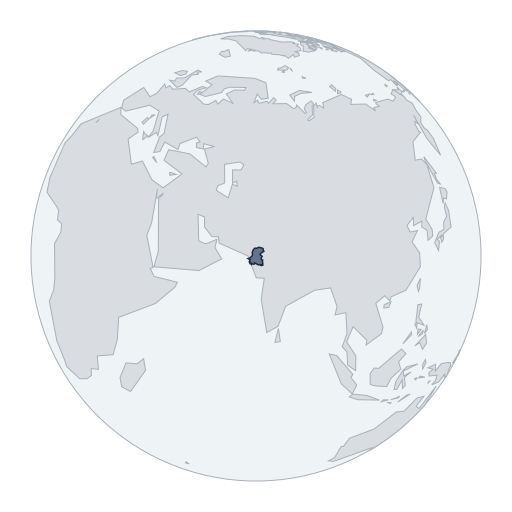 Sind highlighted on a globe, orthographic projection, rotated 19°
{"feature_id": "PAK-1114", "entity_name": "Sind", "entity_type": "Province", "adm_level": 1, "iso_a3": "PAK", "parent_name": "Pakistan", "parent_adm1": "", "projection": "orthographic", "projection_center": [68.493, 26.111], "detail": "coarse", "context": "on_globe", "style": "filled", "palette": "slate", "viewbox_px": 512, "rotation_deg": 19, "n_neighbors": 0, "source": "natural_earth", "source_scale": "10m", "svg_char_len": 11057}
<svg xmlns="http://www.w3.org/2000/svg" viewBox="0 0 512 512"><g transform="rotate(19 256 256)"><circle cx="256" cy="256" r="225" fill="#eef3f6" stroke="#a8b0b8"/><path d="M314.2,38.4L319.8,40.0L330.6,43.5L324.3,41.6L348.0,50.4L361.1,57.0L343.2,48.5L339.0,46.9L346.3,50.4L343.6,49.6L345.5,51.1L341.6,50.1L331.5,45.9L328.7,45.4L334.1,48.0L333.5,49.2L326.0,45.3L324.3,47.1L307.0,41.9L290.3,34.9L277.5,33.6L252.0,31.2L251.2,31.6L241.0,31.8L236.3,32.5L232.9,32.5L232.1,33.2L236.1,33.2L237.1,33.7L234.7,34.3L229.9,34.1L230.4,33.8L227.8,34.1L226.4,33.8L225.7,34.3L220.3,34.5L222.1,35.4L214.7,36.4L212.0,36.3L217.1,34.9L221.6,33.4L240.2,31.3L258.8,30.7L277.5,31.7L296.0,34.3L314.2,38.4ZM192.5,39.9L198.4,38.4L192.3,40.4L183.2,43.3L177.9,44.8L173.8,46.4L174.6,46.7L160.8,52.1L144.6,60.5L141.6,62.1L142.7,61.3L158.7,52.8L175.3,45.7L192.5,39.9ZM338.9,46.6L334.6,44.9L339.7,46.9L338.9,46.6ZM346.5,51.5L348.6,52.4L348.7,52.9L346.5,51.5ZM201.3,37.5L199.9,38.0L199.5,38.0L201.3,37.5ZM205.3,36.7L205.9,36.4L207.9,36.0L207.4,36.1L205.3,36.7ZM342.8,51.9L342.4,52.8L341.1,51.1L342.8,51.9ZM204.0,37.1L211.3,35.3L214.7,34.6L216.0,34.8L204.0,37.1ZM341.0,52.8L340.1,55.5L344.6,57.3L331.2,54.1L336.4,52.6L334.1,50.1L337.9,52.1L341.0,52.8ZM238.4,33.0L234.0,33.0L239.9,32.5L238.4,33.0ZM241.9,32.6L258.6,31.5L263.8,32.2L257.2,32.2L265.8,33.0L260.2,33.8L254.2,33.5L251.9,32.8L251.5,33.8L241.9,32.6ZM324.0,52.3L322.2,52.5L322.1,51.5L324.0,52.3ZM237.9,33.8L240.8,33.3L245.6,33.8L240.6,34.9L240.7,34.4L237.9,33.8ZM270.8,33.1L273.5,33.9L269.6,34.7L270.1,35.2L260.5,33.9L270.8,33.1ZM238.4,34.6L238.0,35.5L233.6,36.0L235.4,34.4L238.4,34.6ZM248.9,33.6L250.9,33.9L248.2,34.0L248.9,33.6ZM217.6,38.8L221.0,37.8L223.7,37.9L217.6,38.8ZM238.2,35.8L239.7,35.7L241.1,35.7L240.0,36.5L238.2,35.8ZM258.4,34.8L256.3,35.1L262.2,35.3L259.6,36.2L253.6,35.3L255.1,36.1L254.3,36.4L250.3,35.4L258.4,34.8ZM243.2,37.5L234.7,37.3L227.9,38.9L225.2,38.7L236.7,36.2L243.2,37.5ZM247.7,36.3L244.4,36.9L242.8,36.2L244.1,35.4L247.7,36.3ZM259.9,37.3L265.5,36.0L266.6,36.3L259.9,37.3ZM241.6,38.0L243.7,38.1L241.3,38.2L241.6,38.0ZM254.6,37.5L256.5,37.0L257.7,37.3L254.6,37.5ZM246.3,38.9L243.6,38.7L244.4,38.0L246.3,38.9ZM250.4,38.3L251.6,38.9L246.3,37.9L251.0,38.0L250.4,38.3ZM255.5,37.9L256.8,37.9L254.6,38.1L255.5,37.9ZM244.8,41.8L237.9,40.7L239.7,39.0L246.2,40.3L244.8,41.8ZM35.6,248.6L38.6,211.1L42.8,201.9L47.6,187.9L79.9,159.4L82.2,166.3L102.5,173.9L104.2,177.3L97.0,187.0L108.3,209.8L117.7,203.2L132.8,217.8L146.0,221.8L159.3,202.5L137.8,195.4L138.9,184.0L160.1,180.9L179.6,188.0L180.7,183.9L172.4,171.7L181.0,166.1L170.0,166.9L171.4,171.9L164.5,172.9L162.8,168.5L165.9,166.5L161.2,163.0L147.6,174.4L147.5,180.7L132.6,178.0L131.1,188.5L125.6,191.4L126.1,174.9L129.2,170.0L126.6,150.5L122.0,155.2L124.1,174.2L121.6,171.6L115.3,179.2L118.1,171.4L117.1,150.4L106.4,148.0L85.5,161.5L80.8,159.5L80.1,151.9L95.0,133.2L103.9,139.9L109.3,134.4L113.7,123.1L116.0,126.4L118.9,123.0L122.9,125.4L134.6,120.6L139.6,122.5L150.1,113.1L154.1,113.1L146.7,118.4L144.3,123.6L157.3,129.4L161.6,128.3L167.4,122.0L170.3,124.9L174.2,118.1L184.6,119.1L175.2,112.5L181.7,106.0L191.2,103.0L191.7,99.9L176.2,105.0L171.6,108.2L170.3,112.7L156.2,121.7L150.4,121.4L158.8,108.3L151.5,107.0L161.3,98.2L197.1,88.4L209.0,88.9L216.2,102.9L210.0,106.1L204.4,102.4L204.2,111.7L206.8,108.1L209.2,110.7L216.0,106.0L218.0,107.7L221.2,100.5L224.4,102.1L222.4,106.6L235.3,101.9L243.6,104.4L245.6,102.6L245.3,99.9L256.0,105.3L257.0,103.8L253.8,101.4L253.7,96.9L257.7,91.4L261.2,93.6L260.2,95.8L263.5,104.2L260.4,110.5L262.2,110.9L265.7,106.0L261.8,95.7L263.1,91.8L266.0,96.3L265.0,94.3L266.8,93.1L271.9,94.1L269.2,89.2L284.1,75.5L295.4,76.8L296.2,81.8L310.3,76.6L321.9,79.9L319.0,77.5L323.8,74.2L320.2,73.1L319.2,71.8L329.8,64.6L335.1,65.1L336.3,60.6L334.8,59.6L331.0,58.8L331.2,54.1L344.6,57.3L347.4,59.5L353.9,60.6L359.2,65.6L366.6,70.8L368.6,76.7L374.3,80.8L376.3,80.8L385.4,87.0L397.7,100.6L379.3,89.2L359.3,71.7L366.7,78.5L362.5,77.1L363.7,79.8L369.1,85.0L371.3,85.4L367.2,96.8L375.4,113.6L380.9,110.4L387.8,113.9L402.0,133.5L404.5,165.8L413.8,173.4L416.6,179.6L413.6,185.1L409.4,176.1L403.3,174.5L401.4,169.0L395.2,175.9L392.2,168.3L388.8,178.0L393.8,183.2L400.4,179.4L398.9,191.8L409.9,200.0L414.9,212.7L408.9,239.5L397.1,250.5L397.2,254.8L390.6,251.7L384.7,261.8L399.3,282.0L399.9,288.7L389.0,304.4L388.3,299.6L370.8,291.2L369.6,307.6L382.9,317.9L387.5,331.9L378.2,329.4L373.3,317.1L367.1,313.8L367.3,299.8L359.4,280.3L349.9,286.0L349.2,277.5L336.9,261.9L322.4,269.4L300.4,293.9L299.7,315.3L291.1,324.9L275.0,295.2L271.1,274.4L263.3,276.5L248.5,258.6L216.9,255.8L214.3,250.0L208.0,252.0L197.9,245.3L194.6,235.8L187.6,235.4L196.9,260.4L204.6,260.9L213.6,252.9L214.5,261.5L224.5,269.9L206.8,288.3L163.1,299.4L162.0,283.1L145.2,233.5L147.5,228.9L147.6,228.3L147.6,227.2L142.8,234.4L141.0,224.8L146.5,258.5L146.0,272.0L162.4,300.2L160.1,302.3L166.3,308.5L190.2,306.4L189.6,311.6L176.4,333.6L146.1,358.7L152.0,379.8L153.0,395.9L138.4,402.1L143.9,414.5L136.9,416.1L139.3,422.5L136.1,427.1L129.2,429.4L112.9,422.1L108.5,416.1L95.2,400.9L75.3,366.0L75.8,354.0L72.9,342.0L61.5,309.9L63.8,296.6L61.6,288.6L56.6,286.5L54.4,276.9L51.7,274.3L37.6,263.8L35.6,248.6ZM63.6,177.7L61.5,181.6L61.4,181.6L63.6,177.7ZM197.0,206.8L210.9,210.1L210.3,195.8L215.5,196.2L213.4,191.4L210.1,194.8L205.8,182.2L213.7,179.6L215.0,173.8L210.3,172.4L196.4,179.5L202.6,197.2L197.0,202.0L197.0,206.8ZM138.9,63.5L140.6,62.7L137.3,64.5L129.8,69.4L125.2,72.6L138.9,63.5ZM131.0,103.7L130.3,106.9L125.8,110.0L119.6,109.2L126.0,104.6L131.0,103.7ZM130.4,110.9L140.5,99.1L144.8,99.6L140.7,101.2L142.5,102.8L136.4,105.8L130.6,118.6L126.3,122.3L117.1,117.9L122.5,117.0L122.8,113.7L130.4,110.9ZM158.7,73.4L163.1,69.7L166.7,75.4L162.1,78.2L155.6,77.2L157.1,73.3L158.7,73.4ZM204.9,38.5L206.3,37.9L207.6,37.8L207.5,38.2L204.9,38.5ZM219.0,38.3L199.9,41.8L200.6,41.1L188.5,44.8L185.7,44.4L193.6,41.9L182.4,44.8L188.4,42.4L180.6,44.7L198.5,39.1L203.4,37.6L199.0,39.3L201.4,39.6L204.0,39.2L214.9,37.4L226.7,34.8L231.0,35.2L231.0,36.2L228.8,36.8L226.6,36.2L225.3,37.6L220.5,37.3L219.0,38.3ZM227.5,55.5L225.9,53.2L222.3,58.5L217.6,57.1L217.5,57.8L212.1,58.2L205.3,60.1L203.9,59.1L201.9,60.3L198.3,60.8L195.1,62.3L191.3,61.2L187.1,63.0L187.7,61.5L181.4,65.0L184.4,62.0L180.1,62.8L179.4,65.3L167.2,59.1L159.7,59.7L151.8,62.2L158.0,57.6L169.4,52.7L182.3,48.9L188.6,49.3L190.3,47.5L193.8,47.3L191.0,48.8L197.4,46.4L199.6,46.7L211.1,45.2L219.0,42.2L223.4,41.8L221.3,43.2L227.1,42.0L226.3,44.4L229.4,44.4L231.7,47.1L225.9,50.2L229.9,50.0L231.8,52.4L227.5,55.5ZM245.2,42.6L239.4,46.0L234.0,47.1L232.3,42.1L229.6,41.8L228.3,39.3L236.2,37.8L235.9,38.6L237.4,39.1L234.3,39.3L237.9,39.5L237.5,40.8L240.1,41.4L237.5,42.2L245.2,42.6ZM109.2,174.8L111.1,176.4L114.7,177.7L110.9,182.8L109.2,174.8ZM108.2,160.5L110.3,160.8L106.6,168.0L104.7,166.6L108.2,160.5ZM114.6,155.2L110.7,160.3L111.7,156.7L114.6,155.2ZM149.0,118.6L151.7,118.9L150.8,120.5L147.8,122.3L149.0,118.6ZM215.8,73.2L215.8,71.1L217.4,70.8L221.7,66.4L225.5,67.4L224.5,70.4L215.8,73.2ZM153.9,204.9L148.2,207.7L147.1,205.1L149.2,204.6L153.9,204.9ZM127.1,195.1L131.7,200.0L126.0,196.4L127.1,195.1ZM220.8,73.5L222.1,71.5L223.2,73.3L220.8,73.5ZM228.6,68.0L230.4,69.7L226.5,67.1L228.6,68.0ZM257.1,473.3L260.5,474.4L256.6,474.5L257.1,473.3ZM188.8,400.1L181.5,425.0L171.5,423.3L167.0,415.1L167.9,399.4L178.6,396.7L183.2,389.7L188.8,400.1ZM427.4,351.8L431.5,350.8L431.2,351.7L427.4,351.8ZM423.1,350.6L428.2,348.8L422.0,353.0L423.1,350.6ZM430.1,348.1L435.2,344.1L437.4,341.6L436.8,343.7L430.1,348.1ZM419.6,352.1L398.8,358.8L390.2,358.9L392.6,355.0L406.6,351.7L419.6,352.1ZM391.9,355.1L378.2,349.0L357.1,324.8L364.7,323.9L386.3,336.5L385.0,339.8L393.3,345.2L391.9,355.1ZM423.5,327.5L422.1,336.8L411.0,340.0L405.8,340.3L402.2,330.0L404.2,323.5L408.6,322.3L423.8,296.6L429.5,299.5L425.3,309.8L429.8,315.9L423.5,327.5ZM300.8,317.2L306.9,329.1L302.0,331.5L300.8,317.2ZM428.6,280.0L423.4,291.3L427.7,277.3L428.6,280.0ZM430.3,267.5L431.3,271.9L428.2,268.5L430.3,267.5ZM398.4,261.2L393.8,263.6L393.0,260.4L398.4,255.4L398.4,261.2ZM418.7,223.5L421.2,233.1L421.2,236.6L417.9,231.6L418.7,223.5ZM255.7,83.1L245.4,87.7L240.6,92.5L241.9,97.2L235.6,92.9L243.1,85.4L255.7,83.1ZM280.2,76.0L279.0,72.5L282.5,73.1L283.2,74.0L280.2,76.0ZM277.5,74.5L270.6,71.9L271.8,69.5L277.0,71.9L277.5,74.5ZM245.4,71.7L242.1,72.8L241.2,71.3L245.4,71.7ZM429.7,399.4L430.4,398.6L427.0,402.7L433.0,395.3L426.7,402.8L429.0,399.3L426.9,400.3L396.3,424.9L391.2,426.1L396.1,420.7L398.6,408.2L400.6,407.7L403.8,397.8L424.0,381.1L439.5,357.8L446.6,354.5L454.4,337.9L460.4,333.9L456.3,345.8L459.8,347.2L468.8,320.3L464.3,341.4L463.8,343.1L456.8,358.1L448.8,372.5L439.8,386.3L429.7,399.4ZM437.5,348.0L443.8,338.4L446.7,336.3L437.5,348.0ZM475.2,299.3L475.4,306.4L474.0,309.5L472.9,306.2L469.8,315.5L464.2,320.5L466.2,315.1L466.0,309.7L458.8,313.1L457.4,310.1L460.4,305.4L454.9,305.8L461.0,299.9L463.0,306.6L466.2,297.6L470.6,294.9L474.2,293.4L476.0,296.0L475.2,299.3ZM460.0,318.3L461.0,317.6L459.9,320.8L460.0,318.3ZM479.4,284.7L479.8,281.0L479.7,282.5L479.4,284.7ZM476.6,293.7L479.0,282.7L479.3,281.8L477.6,292.4L476.6,293.7ZM478.9,279.2L479.6,278.2L479.6,281.1L479.4,282.6L478.9,279.2ZM447.8,318.8L447.4,321.2L445.7,320.4L447.8,318.8ZM450.2,316.1L455.1,315.5L449.6,318.3L450.2,316.1ZM432.8,316.6L434.5,321.4L440.2,315.3L435.9,322.3L439.2,329.7L437.7,333.7L434.5,325.6L432.5,336.3L430.0,337.3L429.1,329.2L431.9,317.4L434.4,311.9L444.3,305.3L432.8,316.6ZM450.3,309.3L448.9,303.6L449.8,298.7L451.4,301.3L450.3,309.3ZM443.8,290.2L439.1,284.6L435.5,289.3L442.0,275.0L445.6,282.7L443.8,290.2ZM438.7,275.2L435.4,279.5L438.3,271.6L438.7,275.2ZM434.1,277.3L433.0,272.2L436.0,271.6L434.1,277.3ZM440.5,274.5L439.9,265.2L442.0,269.8L440.5,274.5ZM429.7,260.8L437.4,266.8L428.7,266.6L424.9,249.4L428.3,247.5L429.7,260.8ZM427.1,182.6L424.4,178.2L426.5,175.6L427.8,179.4L427.1,182.6ZM431.0,165.0L426.2,173.6L421.9,181.2L424.8,182.4L426.8,191.4L420.6,185.2L421.2,174.0L425.0,169.7L422.4,162.7L423.3,156.3L418.2,148.5L417.5,144.2L423.3,150.2L431.0,165.0ZM415.8,145.4L407.2,131.3L412.8,130.7L415.9,133.5L417.5,140.1L414.5,140.0L415.8,145.4ZM406.8,127.9L403.8,127.9L384.9,110.9L382.3,107.4L399.6,119.0L397.7,119.7L401.3,124.3L406.8,127.9ZM324.5,53.5L322.5,52.6L324.8,53.0L324.5,53.5ZM317.1,71.2L316.1,69.5L318.9,69.7L317.1,71.2ZM314.8,65.0L312.3,65.9L313.5,64.0L314.8,65.0ZM307.1,68.4L310.6,65.8L309.3,69.6L307.1,68.4Z" fill="#d9dde1" stroke="#a8b0b8" stroke-width="1"/><path d="M261.9,249.0L259.6,252.0L259.4,253.4L261.9,254.3L261.6,256.7L262.3,257.6L263.7,257.7L263.7,258.7L265.2,261.5L264.8,261.9L265.3,262.6L264.1,263.3L263.4,263.2L263.4,262.6L262.9,262.7L261.3,263.6L256.9,263.0L256.8,264.4L254.8,264.7L254.8,265.5L254.3,264.5L254.3,265.2L253.7,264.6L253.2,265.1L253.0,264.6L252.8,264.9L252.4,264.7L252.6,264.0L251.9,263.9L251.9,262.9L251.2,261.9L251.5,261.3L249.4,261.0L250.7,260.1L252.3,257.1L252.3,256.0L251.3,254.0L251.3,251.5L252.2,249.1L254.0,248.5L255.9,246.8L259.5,246.5L260.3,246.7L261.2,248.5L261.9,249.0ZM252.2,264.3L252.0,264.1L252.4,264.1L252.2,264.3Z" fill="#64748b" stroke="#1e293b" stroke-width="1.5"/></g></svg>